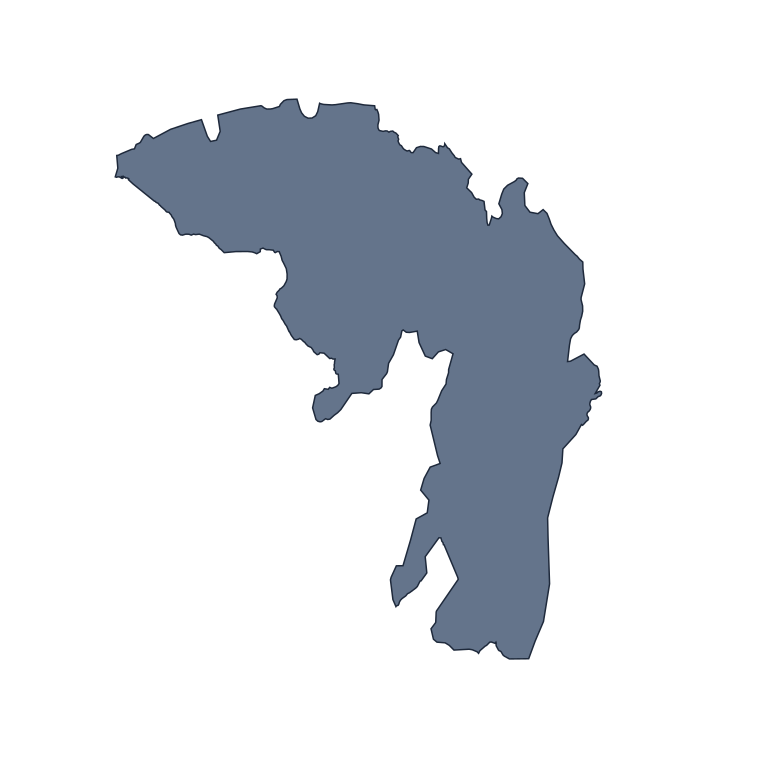 outline of Lower Manya, Eastern, Ghana, rotated 168°
{"feature_id": "2480657B54302337253194", "entity_name": "Lower Manya", "entity_type": "district", "adm_level": 2, "iso_a3": "GHA", "parent_name": "Ghana", "parent_adm1": "Eastern", "projection": "equal_earth", "projection_center": [0.033, 6.213], "detail": "fine", "context": "isolated", "style": "filled", "palette": "slate", "viewbox_px": 768, "rotation_deg": 168, "n_neighbors": 0, "source": "geoboundaries", "source_scale": "gbopen_adm2", "svg_char_len": 6164}
<svg xmlns="http://www.w3.org/2000/svg" viewBox="0 0 768 768"><g transform="rotate(168 384 384)"><path d="M513.0,545.7L501.2,544.3L489.7,541.9L485.5,540.6L483.1,539.2L481.4,537.9L477.5,539.2L476.9,541.7L474.1,542.1L471.9,540.3L471.0,539.8L468.6,539.3L464.5,537.9L463.6,535.5L463.0,535.1L461.0,535.8L458.9,535.2L458.8,534.0L458.1,530.5L457.9,526.0L457.1,523.3L455.6,517.1L455.9,511.7L457.0,506.9L458.3,504.6L461.5,500.9L464.4,499.1L466.1,498.6L467.0,497.6L469.4,496.0L470.4,494.8L470.9,494.2L470.2,492.6L470.5,490.5L474.4,485.0L475.1,483.2L475.1,482.3L473.9,480.0L473.4,479.6L473.4,479.3L471.5,473.9L470.9,471.8L470.5,469.2L469.5,467.2L468.2,463.0L467.2,460.9L466.0,455.1L465.7,455.1L464.6,450.9L462.5,446.2L460.7,445.5L458.2,445.6L457.0,446.1L455.5,444.8L453.9,442.3L452.7,441.1L452.3,439.9L450.5,437.0L447.6,434.8L446.4,432.1L446.0,430.2L443.3,426.6L441.6,426.7L440.1,427.9L436.2,426.6L431.8,420.2L429.9,420.1L428.7,419.0L426.6,418.6L427.8,415.8L428.1,414.4L428.7,413.3L429.2,410.0L429.8,409.4L430.0,408.8L429.8,407.9L428.9,407.1L428.9,404.5L428.5,403.8L426.7,403.0L427.9,393.8L429.6,392.2L431.7,391.3L435.9,390.7L437.8,392.0L439.7,390.4L443.3,391.8L445.2,389.8L449.4,388.0L453.6,387.1L458.8,375.5L457.9,363.4L456.4,361.3L454.4,360.3L452.7,360.2L448.3,362.2L446.5,361.0L444.2,360.9L439.2,363.8L435.4,365.5L431.5,368.0L417.4,381.5L408.0,380.2L400.8,377.5L395.4,380.8L389.8,380.0L387.7,380.8L386.5,382.0L385.0,388.8L379.3,393.6L378.1,395.3L375.2,403.3L368.7,410.6L360.7,423.9L358.0,426.4L355.5,432.2L354.0,432.9L351.5,430.0L348.3,429.1L340.5,428.8L341.1,417.2L337.8,402.7L331.5,398.7L324.1,404.1L316.5,404.9L310.2,399.2L317.8,384.7L318.5,381.6L322.0,375.4L323.3,371.1L329.0,365.4L334.7,357.0L336.7,354.5L341.4,351.4L342.9,349.5L343.8,346.3L345.4,338.7L347.4,334.2L346.5,302.7L345.6,294.6L356.1,293.1L364.4,283.3L370.2,272.6L364.2,261.1L368.5,249.0L380.6,245.3L390.5,225.8L403.2,202.3L409.7,203.6L417.2,193.5L418.4,191.1L420.1,171.3L418.6,163.8L418.0,164.4L416.2,164.6L415.2,165.7L414.2,167.6L412.7,169.2L410.9,170.4L406.8,172.2L404.6,174.0L402.5,174.5L395.3,177.8L393.5,179.0L390.3,183.0L389.5,183.8L388.7,183.7L381.4,190.3L379.6,206.5L362.2,222.2L360.3,221.6L360.1,218.1L359.3,216.7L359.3,214.5L358.7,214.2L358.6,213.8L352.1,179.7L352.0,177.5L379.9,151.0L380.4,150.0L382.9,140.3L383.3,139.7L388.9,134.8L388.7,124.1L385.9,120.5L378.0,118.1L374.5,114.8L370.9,109.2L355.9,106.9L352.9,105.7L348.6,102.7L347.5,100.9L345.6,103.2L339.5,106.6L338.0,107.0L334.2,109.5L332.6,109.3L329.4,107.3L328.2,108.2L328.1,107.2L328.4,106.6L328.7,104.6L327.4,100.1L326.9,99.3L325.5,98.3L325.1,97.7L323.9,94.1L322.8,92.7L318.5,89.0L299.6,85.2L289.6,101.1L277.4,118.5L263.6,154.1L255.6,199.0L251.8,219.0L242.2,238.5L232.6,256.6L226.3,269.8L222.5,283.4L206.8,294.7L199.3,303.3L198.5,302.4L197.5,302.8L193.9,305.4L192.0,306.3L191.3,307.4L191.1,308.8L191.7,310.2L191.9,311.7L191.5,312.9L190.7,314.0L189.1,314.8L187.7,316.1L187.0,317.2L186.6,318.5L187.0,320.9L186.7,322.3L185.6,324.3L184.3,325.7L179.9,325.4L177.2,327.1L174.8,327.5L173.9,328.3L173.1,329.6L173.0,331.2L173.7,331.8L174.7,332.0L176.2,331.8L177.7,330.9L179.4,330.8L173.0,337.9L173.3,339.5L172.2,341.0L171.8,342.0L172.0,347.4L171.3,351.9L171.2,353.9L171.9,357.1L174.4,358.9L182.1,371.7L197.0,367.5L199.8,367.8L194.5,383.5L192.1,389.4L190.1,391.9L189.0,392.8L187.2,393.9L184.8,394.8L182.2,396.8L181.3,398.2L180.4,401.1L178.5,405.8L176.6,409.1L174.5,413.9L173.5,419.1L173.7,425.6L173.2,427.6L166.9,440.2L165.5,455.0L164.2,462.0L166.9,465.6L168.6,469.0L169.9,470.5L178.4,483.9L183.5,492.9L185.8,499.3L187.4,505.5L188.0,510.7L189.1,517.0L192.1,521.5L198.0,518.6L205.5,521.7L209.1,529.3L207.0,542.0L201.6,550.1L205.7,556.4L209.6,557.5L211.2,557.1L212.3,555.9L214.4,554.9L221.8,552.7L226.3,549.8L229.4,545.2L234.2,536.4L232.4,530.1L232.8,526.1L234.7,523.3L237.5,521.7L239.8,522.5L242.6,524.5L243.6,525.8L244.5,523.7L248.0,517.6L249.3,517.7L249.6,520.4L249.1,524.7L247.9,531.4L249.0,533.3L248.2,541.8L249.9,543.1L252.1,544.2L252.9,545.2L255.3,545.5L257.0,548.0L258.5,553.0L262.3,558.7L259.8,563.1L258.9,566.7L254.4,571.0L262.1,584.6L262.3,588.5L264.1,588.4L266.8,590.4L267.4,591.1L267.8,592.6L269.5,595.9L271.2,600.4L272.8,601.9L274.6,606.4L275.1,604.9L276.2,603.8L277.1,603.8L279.2,605.1L280.2,605.3L281.0,604.8L281.7,602.9L282.8,598.2L285.4,599.6L288.7,604.0L295.6,608.0L299.0,608.8L303.1,608.4L307.4,604.3L308.7,604.5L309.5,604.9L310.3,606.9L310.7,607.2L312.9,607.1L313.8,607.7L315.6,609.4L316.4,610.7L317.4,613.4L318.7,614.6L319.2,615.9L319.7,618.2L319.7,619.0L318.9,620.0L318.8,620.6L319.2,622.9L318.4,624.0L320.1,626.9L322.0,628.4L322.8,629.6L325.3,629.8L326.8,629.3L328.4,630.9L330.1,631.3L332.4,631.3L335.6,632.8L336.1,633.4L336.6,635.2L336.5,636.7L336.1,638.7L334.0,643.1L333.2,648.9L333.4,651.3L333.9,654.0L335.2,654.0L335.5,654.7L335.3,658.1L345.7,661.2L351.4,663.6L358.0,666.0L361.3,666.5L373.2,667.3L376.9,667.8L384.9,670.0L387.7,671.3L388.6,672.0L392.2,664.2L395.0,660.6L399.1,659.1L403.0,659.8L406.2,662.4L408.2,666.3L409.1,670.5L409.9,680.7L419.7,682.4L420.6,682.3L423.0,681.9L427.2,679.1L428.6,677.2L435.6,676.5L437.9,676.6L441.5,677.3L443.8,679.0L445.6,681.2L446.5,681.8L467.3,682.8L490.7,681.6L491.7,665.2L497.1,657.3L503.2,657.3L505.3,663.0L507.6,680.5L521.6,679.6L539.8,677.5L558.5,672.1L562.6,677.0L564.2,677.4L565.7,677.2L567.3,676.3L572.1,671.0L573.3,670.5L576.6,669.8L579.2,665.9L582.1,666.0L593.1,663.9L596.3,663.0L597.9,663.1L599.5,650.4L603.8,642.5L602.6,641.8L601.3,642.0L599.9,641.7L597.4,639.5L596.8,639.6L597.2,640.5L597.8,641.0L597.7,641.5L596.1,640.7L596.2,641.3L596.0,641.5L595.1,640.4L594.3,640.1L593.9,639.2L592.7,639.1L591.0,638.0L591.0,637.5L591.5,637.0L587.9,631.9L570.6,610.6L569.8,610.2L569.2,609.1L567.2,607.6L566.4,605.6L565.7,605.1L565.3,604.1L562.0,599.7L561.2,598.0L560.6,597.4L558.4,596.5L558.3,595.8L557.1,593.8L556.6,591.7L555.3,588.9L554.7,584.5L554.9,582.4L554.7,580.3L553.2,573.8L552.0,572.2L550.1,571.5L547.0,571.8L545.4,571.5L543.5,571.0L541.6,569.7L539.1,570.2L537.2,569.3L533.5,569.0L529.8,566.6L526.4,564.9L524.8,563.5L521.1,558.9L520.7,557.6L519.5,556.0L519.1,554.7L517.8,553.4L516.9,551.0L515.4,549.4L513.0,545.7Z" fill="#64748b" stroke="#1e293b" stroke-width="1.5"/></g></svg>